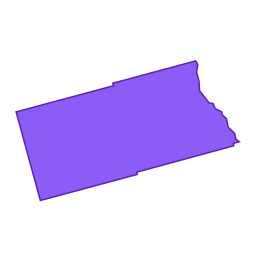 the district of Rock, Nebraska, United States of America, rotated 75°
{"feature_id": "52423323B87460612121029", "entity_name": "Rock", "entity_type": "district", "adm_level": 2, "iso_a3": "USA", "parent_name": "United States of America", "parent_adm1": "Nebraska", "projection": "albers", "projection_center": [-99.446, 42.445], "detail": "fine", "context": "isolated", "style": "filled", "palette": "violet", "viewbox_px": 256, "rotation_deg": 75, "n_neighbors": 0, "source": "geoboundaries", "source_scale": "gbopen_adm2", "svg_char_len": 434}
<svg xmlns="http://www.w3.org/2000/svg" viewBox="0 0 256 256"><g transform="rotate(75 128 128)"><path d="M83.5,231.9L175.3,231.4L175.2,131.1L172.9,131.0L172.5,30.4L170.1,30.3L170.1,24.1L166.3,26.8L160.9,26.4L153.2,31.0L144.4,30.5L139.8,33.6L136.5,33.4L131.8,38.8L126.4,39.4L124.7,43.2L110.5,49.2L101.1,47.3L91.8,47.3L84.5,44.1L80.7,45.3L80.8,131.1L83.4,131.0L83.5,231.9Z" fill="#8b5cf6" stroke="#5b21b6" stroke-width="1.5"/></g></svg>